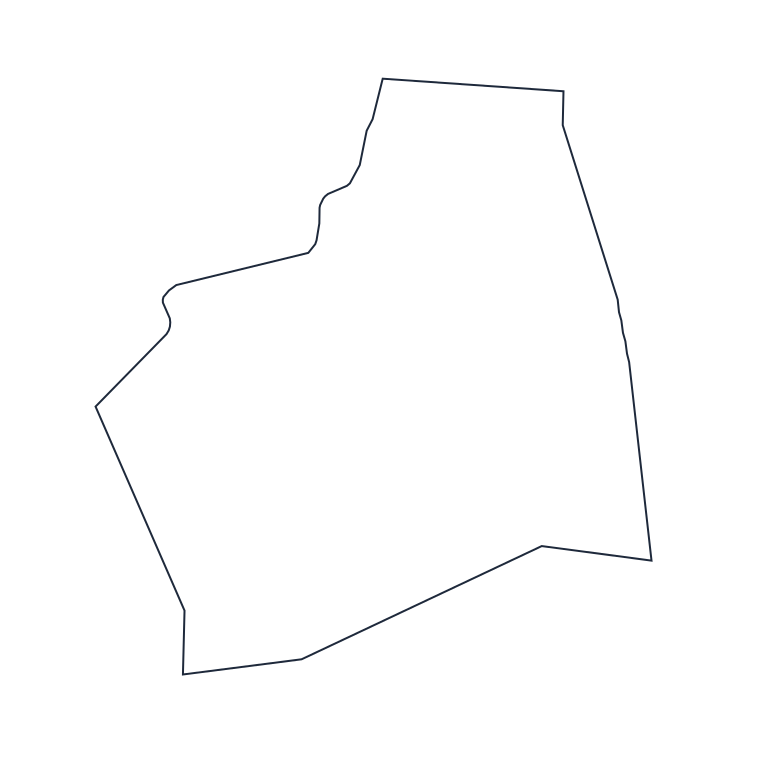 SVG path tracing the border of Harrow, rotated 186°
{"feature_id": "GBR-2767", "entity_name": "Harrow", "entity_type": "London Borough", "adm_level": 1, "iso_a3": "GBR", "parent_name": "United Kingdom", "parent_adm1": "", "projection": "orthographic", "projection_center": [-0.324, 51.593], "detail": "fine", "context": "isolated", "style": "outline", "palette": "slate", "viewbox_px": 768, "rotation_deg": 186, "n_neighbors": 0, "source": "natural_earth", "source_scale": "10m", "svg_char_len": 656}
<svg xmlns="http://www.w3.org/2000/svg" viewBox="0 0 768 768"><g transform="rotate(186 384 384)"><path d="M417.2,687.5L236.1,693.9L233.3,660.1L160.4,492.3L157.8,480.0L154.6,472.0L151.7,459.9L148.4,451.7L145.5,439.6L142.5,431.4L99.5,236.3L210.2,239.3L437.2,101.6L553.6,74.1L558.7,137.8L668.5,331.4L605.5,410.9L603.7,414.8L602.9,418.7L603.0,423.0L603.9,426.9L612.4,441.8L612.8,444.7L612.4,447.5L607.6,454.6L600.9,460.7L473.0,506.5L467.0,515.9L466.1,519.9L465.1,536.9L466.5,552.6L466.2,555.4L463.8,562.0L462.2,564.5L459.5,567.2L441.6,577.2L438.9,580.0L431.0,599.2L427.7,634.1L423.0,646.2L417.2,687.5Z" fill="none" stroke="#1e293b" stroke-width="2"/></g></svg>